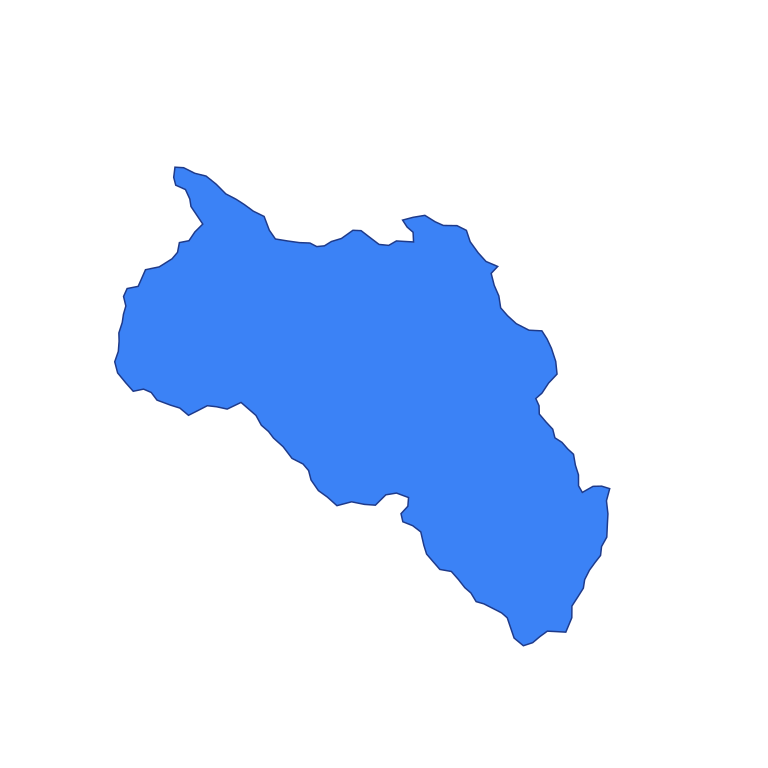 Santana de Parnaíba, São Paulo, Brazil (Albers equal-area conic projection), rotated 41°
{"feature_id": "56859067B95466587764955", "entity_name": "Santana de Parnaíba", "entity_type": "district", "adm_level": 2, "iso_a3": "BRA", "parent_name": "Brazil", "parent_adm1": "São Paulo", "projection": "albers", "projection_center": [-46.919, -23.447], "detail": "fine", "context": "isolated", "style": "filled", "palette": "blue", "viewbox_px": 768, "rotation_deg": 41, "n_neighbors": 0, "source": "geoboundaries", "source_scale": "gbopen_adm2", "svg_char_len": 2170}
<svg xmlns="http://www.w3.org/2000/svg" viewBox="0 0 768 768"><g transform="rotate(41 384 384)"><path d="M175.7,550.4L188.7,552.6L199.5,554.0L205.9,545.6L213.9,543.1L223.2,545.1L236.8,540.0L245.7,536.1L257.0,535.9L261.6,524.6L264.9,516.3L272.6,511.0L282.1,505.8L288.2,491.7L308.0,491.7L318.5,495.6L328.0,495.6L336.1,497.3L349.0,497.5L363.4,500.5L375.4,497.5L383.9,498.8L391.9,504.3L404.4,507.5L415.5,506.5L428.3,506.7L436.8,494.2L448.2,487.7L457.0,481.1L458.1,466.4L465.0,458.1L477.0,453.6L482.2,460.6L481.9,470.7L488.6,475.6L498.6,472.1L508.8,471.5L519.9,479.6L527.7,484.4L536.5,485.7L547.8,487.3L557.8,481.3L568.3,482.7L578.6,484.7L586.7,484.7L596.3,487.8L603.6,484.4L614.4,481.7L622.9,479.6L630.4,479.6L638.6,484.4L648.9,490.4L660.9,490.1L665.9,481.7L667.4,472.2L669.4,463.4L676.0,458.2L684.0,452.0L679.1,437.2L671.5,428.3L669.9,417.0L668.4,407.3L663.8,400.0L661.2,389.7L660.4,380.5L659.9,371.3L654.8,363.9L652.6,353.4L644.6,343.3L638.2,335.1L628.5,326.2L623.0,314.9L615.3,318.3L608.9,324.1L604.8,335.7L597.6,333.2L590.4,325.0L581.7,319.7L573.1,312.7L565.4,312.5L556.6,311.3L548.3,312.5L541.0,307.4L531.4,306.4L520.9,304.8L515.3,298.7L508.1,295.4L509.2,287.2L507.6,275.3L508.1,263.0L498.8,254.3L487.1,247.3L477.4,243.0L468.3,240.3L458.1,248.3L444.2,251.7L432.4,251.4L422.1,250.0L412.9,242.2L402.4,237.2L392.3,230.2L392.7,220.7L380.6,224.6L369.0,223.2L355.7,220.1L345.4,214.0L335.2,216.6L324.8,225.4L316.2,228.0L304.2,229.9L296.6,239.1L290.5,248.1L298.5,250.4L306.4,250.4L313.1,257.4L305.9,263.0L299.5,267.9L296.6,276.3L288.7,281.9L274.9,282.8L266.1,283.3L259.7,288.4L256.4,302.1L250.8,311.0L248.4,318.8L243.1,324.4L235.6,326.2L227.4,332.8L217.4,339.3L206.9,345.8L196.6,343.2L183.6,336.2L172.0,339.3L160.9,340.2L151.2,341.6L139.9,344.3L126.3,343.3L113.3,343.8L103.0,349.1L90.9,352.2L84.0,357.5L89.7,366.0L96.4,370.6L106.6,367.5L116.1,371.8L121.9,376.7L132.7,379.6L142.3,382.2L141.5,393.3L142.8,403.8L136.8,411.5L141.8,420.1L141.9,428.6L137.5,443.1L129.0,454.2L132.0,463.8L134.4,471.6L127.5,480.5L130.0,488.8L138.0,494.5L141.6,502.3L146.1,509.3L150.4,519.4L156.0,525.5L162.1,533.7L166.2,543.9L175.7,550.4Z" fill="#3b82f6" stroke="#1e3a8a" stroke-width="1.5"/></g></svg>